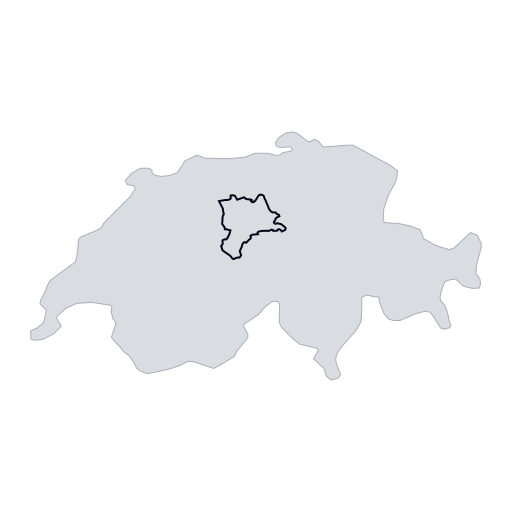 Lucerne on a map of Switzerland (Natural Earth projection)
{"feature_id": "CHE-163", "entity_name": "Lucerne", "entity_type": "Canton", "adm_level": 1, "iso_a3": "CHE", "parent_name": "Switzerland", "parent_adm1": "", "projection": "natural_earth1", "projection_center": [8.13, 47.03], "detail": "fine", "context": "in_parent", "style": "outline", "palette": "ink", "viewbox_px": 512, "rotation_deg": 0, "n_neighbors": 0, "source": "natural_earth", "source_scale": "10m", "svg_char_len": 4614}
<svg xmlns="http://www.w3.org/2000/svg" viewBox="0 0 512 512"><path d="M387.5,163.9L390.5,165.5L397.7,171.1L396.1,180.7L388.0,196.1L383.8,208.6L383.3,218.2L384.2,222.7L385.7,222.6L393.5,223.3L397.4,223.3L410.0,225.9L420.1,229.7L422.0,233.7L423.4,238.6L435.4,245.3L449.1,249.6L453.8,248.2L470.6,232.6L477.2,235.2L481.3,243.5L481.1,247.9L476.6,264.5L475.9,273.4L480.0,279.3L480.5,283.9L479.3,288.0L472.5,288.4L463.4,286.2L455.6,279.0L449.8,279.8L444.7,281.7L442.2,288.5L440.0,296.6L440.7,301.1L444.4,304.6L447.3,312.0L449.4,321.5L451.0,325.9L449.3,327.9L444.5,329.2L440.5,327.9L433.4,316.5L430.1,312.1L424.6,311.3L414.9,314.1L400.0,320.5L394.0,320.5L388.9,319.2L384.0,313.8L379.9,303.3L378.6,296.7L375.7,296.9L366.2,295.0L361.7,297.6L361.8,308.3L361.0,321.7L356.2,330.3L342.9,345.3L338.0,351.8L336.1,356.5L335.7,360.5L337.8,367.6L340.6,374.3L338.3,378.1L331.2,380.1L326.2,376.0L324.3,368.8L313.5,358.8L318.3,350.6L317.5,348.5L299.7,344.2L292.0,337.9L281.2,326.9L279.2,322.2L279.6,306.9L279.0,303.1L277.6,301.3L272.3,301.5L265.1,306.8L258.4,314.7L244.7,323.7L243.3,325.6L247.9,334.4L247.7,337.8L236.5,351.7L234.4,356.3L220.2,365.1L213.7,368.4L194.0,361.9L188.5,361.2L179.8,365.5L167.3,369.6L147.2,373.7L139.8,370.7L136.4,367.9L134.6,363.6L129.6,356.2L123.9,351.7L120.0,346.9L114.8,341.6L111.4,337.2L116.0,323.2L112.7,318.2L111.1,311.2L112.0,306.4L110.2,305.2L92.1,302.4L77.1,303.3L66.3,308.0L57.5,315.8L56.4,317.5L56.9,318.9L61.3,326.1L53.8,333.7L42.4,339.6L34.3,340.2L30.8,339.0L30.7,330.9L37.4,327.9L43.5,322.6L45.5,315.2L46.3,309.9L40.0,303.6L40.9,299.7L44.8,292.4L47.2,285.9L50.3,280.3L62.9,271.1L75.5,261.8L77.5,252.0L78.5,240.1L80.3,237.2L97.3,230.1L101.5,227.3L103.7,223.2L117.0,209.8L130.2,196.6L132.9,192.1L135.1,189.5L135.1,187.4L133.5,185.7L127.2,184.6L125.2,180.4L132.0,172.9L140.5,168.3L148.8,168.2L152.1,170.3L151.9,172.8L155.5,175.5L161.7,176.4L169.5,175.5L177.2,172.6L181.9,166.0L184.7,160.9L196.8,155.1L205.0,158.1L227.9,158.8L244.5,157.3L255.0,153.3L267.9,153.3L276.6,155.5L278.1,155.2L280.5,154.7L282.9,152.6L291.0,151.2L292.1,149.4L291.8,147.6L290.3,146.7L280.3,147.6L276.4,146.2L275.4,143.1L278.7,137.5L286.1,133.0L292.3,131.9L296.8,133.1L307.9,141.5L310.5,141.7L312.1,140.2L314.3,139.4L318.2,141.0L322.5,146.2L323.2,147.0L347.8,145.2L353.3,145.2L370.0,154.4L387.5,163.9Z" fill="#d9dde1" stroke="#a8b0b8" stroke-width="1"/><path d="M275.7,212.5L277.0,214.2L277.8,214.4L278.3,214.6L278.7,214.7L278.9,214.8L279.4,216.2L276.4,217.8L275.8,218.3L275.5,218.7L275.4,219.2L275.4,219.9L275.2,220.3L274.9,220.8L274.0,221.6L273.8,222.0L274.0,222.7L274.5,223.3L275.6,223.9L277.2,223.2L281.2,224.2L285.0,227.2L285.4,227.7L285.7,228.3L285.4,229.3L285.1,230.0L281.7,231.5L281.2,230.6L279.8,229.4L278.4,229.2L277.5,229.9L277.4,230.5L276.4,230.8L273.1,230.8L273.0,230.6L272.9,230.5L272.9,230.2L271.8,229.6L270.3,230.3L268.1,231.0L266.9,230.8L265.7,230.7L264.4,230.9L262.0,230.9L260.3,231.2L258.3,231.8L257.8,232.1L257.5,232.8L257.4,233.3L257.9,234.2L252.3,234.7L250.6,235.7L250.4,236.0L250.8,237.1L250.9,237.8L250.7,238.4L248.7,240.1L246.3,242.7L245.9,242.8L245.7,242.7L245.5,242.4L245.3,242.2L245.0,242.2L244.4,242.2L244.0,242.4L243.5,242.7L242.8,243.6L242.5,244.2L242.1,245.2L241.7,247.0L240.0,250.5L239.8,251.1L240.1,252.5L240.6,253.4L241.1,255.4L239.5,257.6L237.4,257.5L235.7,258.1L234.2,258.9L233.4,259.0L232.8,258.8L231.5,257.4L230.3,255.8L223.7,251.2L222.1,249.7L222.1,248.7L221.2,246.2L221.3,245.6L222.3,244.8L222.6,244.1L222.7,243.1L222.5,241.6L222.5,240.8L222.6,240.3L223.0,240.0L223.9,239.7L224.6,239.3L224.9,239.3L225.7,239.4L226.2,239.4L226.7,239.1L227.0,238.6L227.2,238.1L227.4,237.8L227.9,237.5L228.1,237.2L228.2,236.8L228.3,236.0L228.5,235.7L228.8,235.3L229.1,234.9L229.4,233.8L229.7,233.2L230.4,230.3L228.2,229.9L227.5,229.4L224.8,229.2L224.5,227.1L224.0,226.6L223.3,225.5L222.4,224.5L222.2,223.6L222.2,222.8L222.5,220.2L222.5,217.7L222.7,216.4L223.0,215.5L223.8,214.3L223.0,210.4L222.9,209.1L222.6,208.1L222.1,207.0L221.6,206.3L219.0,201.1L225.2,200.0L227.5,200.0L230.0,199.2L230.4,198.9L230.5,198.8L230.6,198.7L230.7,198.4L230.7,198.0L230.6,196.9L230.6,195.9L230.7,195.5L230.8,195.4L231.3,195.3L233.4,195.3L234.9,195.8L237.2,199.7L244.1,197.3L245.6,198.7L247.6,199.3L250.3,199.4L251.2,199.7L251.5,199.9L250.7,200.1L250.6,200.3L250.8,200.7L250.9,201.1L251.1,201.3L251.5,201.6L251.9,201.9L252.6,202.2L253.5,202.1L255.1,201.0L257.4,197.5L257.9,196.5L259.5,194.8L261.2,194.7L262.9,195.3L263.5,195.7L264.0,196.5L264.3,197.7L264.7,198.8L265.5,200.2L268.9,208.5L269.2,209.2L270.3,210.7L271.0,211.4L271.6,211.9L272.8,212.4L275.7,212.5L275.7,212.5Z" fill="none" stroke="#020617" stroke-width="2"/></svg>